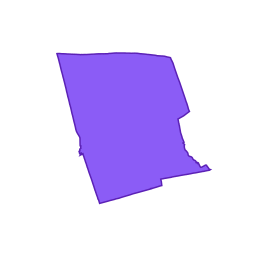 outline of Serbanesti, Olt, Romania, rotated 109°
{"feature_id": "2599482B90553922422134", "entity_name": "Serbanesti", "entity_type": "district", "adm_level": 2, "iso_a3": "ROU", "parent_name": "Romania", "parent_adm1": "Olt", "projection": "robinson", "projection_center": [24.682, 44.329], "detail": "fine", "context": "isolated", "style": "filled", "palette": "violet", "viewbox_px": 256, "rotation_deg": 109, "n_neighbors": 0, "source": "geoboundaries", "source_scale": "gbopen_adm2", "svg_char_len": 5553}
<svg xmlns="http://www.w3.org/2000/svg" viewBox="0 0 256 256"><g transform="rotate(109 128 128)"><path d="M80.8,219.4L81.4,219.0L83.1,217.8L83.9,217.2L85.8,215.9L89.2,213.7L90.0,213.1L90.7,212.7L95.1,209.9L98.9,207.3L100.8,206.1L103.1,204.5L103.8,204.1L104.8,203.4L109.6,200.3L110.8,199.5L113.5,197.9L114.8,197.0L116.4,196.0L117.6,195.3L119.6,193.9L120.2,193.5L120.7,193.2L122.4,192.1L122.7,191.9L123.9,191.2L124.2,191.0L124.6,190.8L125.6,190.0L126.0,189.8L127.1,189.0L127.9,188.5L131.0,186.6L131.5,186.3L132.5,185.7L134.5,184.3L139.3,181.3L141.7,179.7L143.3,178.7L144.2,178.1L145.6,177.3L146.4,176.8L146.7,176.6L147.2,176.2L147.5,176.0L147.8,175.8L148.0,175.6L148.3,175.3L148.9,174.7L150.0,173.5L150.6,172.7L151.3,171.9L151.8,171.3L152.3,170.8L152.6,170.5L153.1,170.2L153.5,170.0L159.3,167.9L160.5,167.4L160.6,167.2L160.4,167.0L160.3,166.8L160.8,166.6L162.0,166.3L162.3,166.2L162.5,166.0L162.8,166.2L163.4,166.6L163.7,166.6L163.9,166.6L164.6,166.4L165.1,166.2L165.4,166.1L165.5,166.2L165.6,166.5L165.9,166.6L166.2,166.6L166.3,166.6L166.6,166.2L166.8,166.0L167.1,165.9L167.4,165.8L167.4,165.7L167.5,165.5L167.5,165.4L167.9,165.3L168.0,165.2L167.9,165.1L167.6,164.9L167.4,164.8L167.4,164.7L167.0,164.1L166.8,163.9L166.9,163.7L167.0,163.6L167.4,163.8L167.6,163.9L167.9,163.9L168.0,164.0L168.6,164.1L169.1,164.2L168.9,164.0L168.6,163.7L168.4,163.5L168.0,162.9L167.9,162.7L167.7,162.5L167.4,162.4L167.1,162.2L167.4,162.0L168.4,161.3L169.6,160.3L170.4,159.8L170.9,159.4L171.5,158.9L172.8,157.9L173.8,157.2L174.4,156.7L175.0,156.2L175.7,155.6L176.5,155.1L177.4,154.4L178.2,153.9L178.8,153.3L179.6,152.7L180.4,152.1L180.9,151.7L182.3,150.7L184.3,149.1L184.8,148.7L185.8,147.9L187.9,146.2L190.4,144.3L191.2,143.7L192.4,142.8L194.2,141.4L194.7,141.0L195.2,140.7L197.0,139.3L197.4,139.1L197.6,138.9L198.5,138.1L199.4,137.5L199.9,137.0L200.4,136.7L201.4,135.9L201.9,135.5L203.0,134.6L203.5,134.2L204.0,133.9L204.4,133.6L205.1,133.1L205.3,132.8L205.4,132.7L205.5,132.5L205.7,132.3L206.0,132.1L206.4,131.8L207.8,130.8L208.0,130.6L208.5,130.3L208.2,129.9L207.8,129.2L203.8,123.3L202.5,121.5L199.7,117.2L199.0,116.5L198.7,115.9L197.5,113.9L196.4,112.5L195.4,111.2L194.4,109.8L190.5,104.3L188.6,101.9L187.6,100.4L185.8,97.7L177.9,86.2L177.7,86.5L176.9,85.0L174.9,82.2L173.5,80.3L172.7,79.3L171.4,77.3L170.8,77.6L168.9,78.5L168.1,78.9L167.5,79.2L167.0,79.6L165.7,80.4L165.5,80.1L165.3,79.8L164.9,79.0L164.4,78.1L163.9,77.3L163.3,76.2L162.1,74.0L161.4,72.7L160.6,71.2L159.8,70.1L159.2,69.0L158.6,68.0L158.4,67.5L158.0,66.9L157.6,66.2L157.3,65.5L156.7,64.5L155.5,62.4L154.7,61.0L154.4,60.4L153.5,58.8L153.1,57.9L152.6,57.1L152.1,56.1L151.6,55.3L150.8,53.8L149.8,52.2L149.6,51.8L149.3,51.4L148.9,50.5L148.4,49.5L147.3,47.6L146.8,46.8L145.6,44.6L145.3,44.1L144.8,43.3L144.5,42.6L144.2,42.0L143.7,41.3L143.3,40.6L142.7,39.6L142.4,39.1L142.1,38.5L141.7,37.8L141.4,37.3L141.2,37.0L140.8,36.8L140.5,36.6L140.6,37.2L140.5,37.7L139.1,39.7L139.0,39.8L138.7,40.3L138.4,40.9L138.3,41.0L137.9,41.3L137.7,41.5L137.6,41.9L137.7,42.4L137.8,42.5L138.2,43.0L138.9,43.6L140.6,45.2L141.1,45.7L141.3,46.0L141.5,46.3L141.5,46.5L141.4,46.8L140.1,48.2L139.9,48.4L139.1,49.2L138.2,50.0L138.8,50.4L138.0,51.2L138.0,51.6L138.0,51.8L138.3,51.8L138.6,52.0L138.6,52.3L138.0,52.5L137.5,52.8L137.3,53.1L136.9,54.0L136.8,54.6L136.9,55.0L136.5,56.0L136.4,56.3L135.2,57.5L134.9,58.0L134.8,58.5L134.6,59.1L134.6,59.4L134.7,59.9L134.8,60.3L134.8,60.6L134.7,60.9L134.6,61.3L134.2,62.1L134.0,62.3L133.4,62.6L132.9,62.9L132.5,63.1L132.1,63.4L131.9,63.7L131.1,64.8L130.8,65.4L130.4,66.1L130.2,66.8L130.0,67.0L129.4,67.5L128.9,67.8L128.4,68.2L128.2,68.3L127.2,68.7L126.7,69.0L126.3,69.1L125.9,69.1L125.5,69.0L125.4,69.0L125.2,69.2L124.6,70.3L124.4,70.5L124.4,71.0L124.0,71.1L123.9,71.0L123.3,70.4L122.9,70.7L122.0,71.5L121.1,72.3L119.9,73.4L118.8,74.1L116.8,75.6L115.4,76.7L113.2,77.9L111.1,79.1L109.4,80.0L108.7,80.4L108.1,80.9L107.6,81.1L107.3,81.2L106.6,81.8L105.8,82.2L105.2,82.5L103.9,83.3L103.3,83.7L100.9,81.6L99.9,80.7L98.9,79.8L98.4,79.4L98.0,79.1L96.5,78.1L92.3,75.3L91.5,76.1L90.6,76.9L88.5,78.3L85.6,80.4L84.1,81.7L83.3,82.3L82.3,83.0L72.2,90.8L68.2,93.9L64.6,96.9L64.3,97.2L63.9,97.5L63.5,97.8L58.4,101.8L56.2,103.5L53.1,105.8L52.3,106.4L51.8,106.8L51.0,107.6L50.6,108.0L50.2,108.4L49.8,108.8L49.5,109.2L48.8,109.8L48.6,110.0L48.2,110.3L47.8,110.6L47.7,110.8L47.7,111.3L47.8,112.4L48.0,113.7L48.1,114.4L48.1,115.0L48.2,116.4L48.2,116.7L48.3,117.0L48.6,118.4L48.9,119.3L49.1,120.1L49.9,123.0L50.2,124.0L50.2,125.1L50.6,127.1L50.9,128.3L51.0,128.9L51.2,129.5L51.3,130.3L51.6,131.5L51.9,132.9L52.1,133.4L52.4,135.1L53.0,137.6L53.4,139.1L53.5,139.8L53.7,140.2L53.9,141.3L54.3,143.4L54.5,144.0L54.6,144.5L54.8,145.2L55.1,146.1L55.5,147.2L55.7,147.8L56.1,148.7L56.4,149.7L57.0,151.8L57.5,153.2L57.8,154.1L58.0,155.0L59.2,158.6L59.5,159.4L59.9,160.5L60.5,162.2L60.7,163.0L61.2,164.4L61.4,164.7L61.5,165.2L61.6,165.3L62.2,166.7L62.5,167.3L62.7,167.8L63.0,168.5L63.2,168.9L63.6,170.1L63.8,170.4L64.0,170.7L64.4,171.4L64.5,171.7L65.2,173.6L65.8,175.2L66.0,175.8L66.5,177.3L67.1,178.9L67.5,180.1L67.8,180.8L68.1,181.6L68.9,183.5L69.2,184.1L69.5,185.0L69.9,185.9L70.1,186.5L70.4,187.2L70.8,188.1L71.3,189.4L71.6,190.1L71.9,190.8L72.2,191.6L72.6,192.9L72.8,193.3L73.1,194.1L73.3,194.6L73.4,194.9L73.5,195.3L73.8,196.2L74.1,196.6L74.2,197.3L74.4,198.0L74.7,199.1L74.9,199.7L75.0,200.1L75.2,200.9L75.9,203.1L76.2,204.1L76.6,205.3L76.8,206.1L77.0,206.9L77.9,209.8L78.1,210.7L78.5,212.1L78.8,213.1L79.4,215.0L79.6,215.9L80.0,217.4L80.6,219.0L80.8,219.4Z" fill="#8b5cf6" stroke="#5b21b6" stroke-width="1.5"/></g></svg>